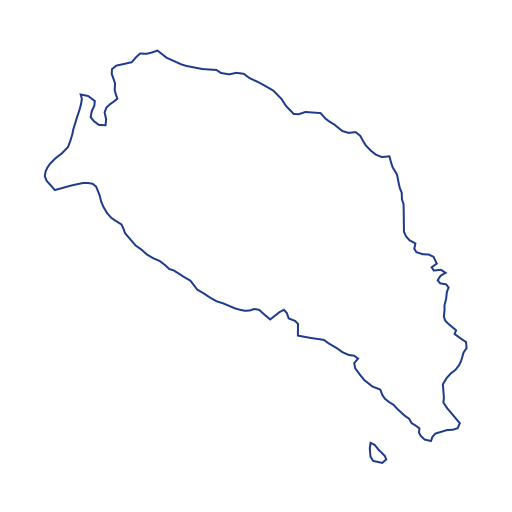 Guimarães, Maranhão, Brazil, rotated 93°
{"feature_id": "56859067B67184949863707", "entity_name": "Guimarães", "entity_type": "district", "adm_level": 2, "iso_a3": "BRA", "parent_name": "Brazil", "parent_adm1": "Maranhão", "projection": "equal_earth", "projection_center": [-44.642, -2.155], "detail": "fine", "context": "isolated", "style": "outline", "palette": "blue", "viewbox_px": 512, "rotation_deg": 93, "n_neighbors": 0, "source": "geoboundaries", "source_scale": "gbopen_adm2", "svg_char_len": 2844}
<svg xmlns="http://www.w3.org/2000/svg" viewBox="0 0 512 512"><g transform="rotate(93 256 256)"><path d="M200.7,460.3L195.5,444.9L193.6,438.1L192.1,432.4L191.9,427.7L192.4,423.0L195.1,419.3L201.2,416.4L204.9,414.9L209.4,413.6L215.0,410.9L220.8,407.1L225.5,402.5L228.1,398.2L231.6,391.9L236.1,389.6L240.0,388.0L243.8,384.4L247.7,380.7L251.8,376.8L255.8,370.5L260.3,364.9L263.7,358.3L266.0,352.0L270.1,346.0L273.5,342.0L274.7,337.5L277.3,332.7L280.3,327.6L284.1,320.2L288.4,316.5L292.5,313.1L296.1,306.2L299.9,299.8L303.3,293.0L305.0,286.4L309.4,274.3L310.5,269.5L311.3,264.1L310.7,259.3L309.0,254.9L309.6,250.1L314.1,244.5L318.6,238.5L315.4,234.8L310.7,229.5L308.3,225.2L311.4,222.2L316.6,220.1L318.8,213.6L321.6,210.5L333.3,210.0L335.0,197.0L336.2,183.9L339.5,178.8L344.2,169.8L347.6,164.5L350.0,158.2L350.4,152.9L353.1,148.7L357.8,152.3L362.9,151.1L369.1,146.0L374.2,141.4L380.2,133.0L382.9,124.9L388.1,122.6L391.7,119.9L394.7,115.8L397.4,110.9L401.3,106.9L407.8,99.0L410.6,94.5L414.7,91.9L416.8,88.1L419.5,83.8L423.8,84.0L427.0,82.1L430.5,78.0L431.6,71.6L427.3,70.3L423.9,67.5L419.8,56.1L419.2,50.3L417.4,45.6L412.3,43.7L408.1,47.7L403.0,52.4L398.3,56.9L392.6,61.2L388.1,60.9L379.5,62.0L374.4,62.7L367.7,59.1L363.1,55.3L359.2,50.8L354.2,47.4L350.0,45.7L345.9,44.7L341.6,43.7L337.0,40.9L331.0,41.7L327.8,47.0L323.5,53.6L319.7,52.3L313.8,60.2L310.9,63.5L306.9,65.2L299.6,64.9L295.3,65.2L289.0,63.9L281.7,63.5L277.5,62.0L274.3,64.7L273.7,70.6L270.7,73.3L266.0,70.6L262.9,65.8L260.1,70.6L261.2,77.7L258.1,80.0L254.1,75.1L247.5,78.7L245.5,83.5L245.5,89.6L243.8,96.0L240.5,98.3L235.1,97.5L232.2,103.6L228.5,107.2L224.2,109.5L202.6,110.9L196.4,111.4L191.9,113.2L185.2,113.8L180.5,116.0L174.0,117.8L170.4,118.6L167.0,119.7L163.6,121.9L160.3,124.2L155.9,125.9L149.5,128.0L150.6,135.6L148.6,141.4L145.0,146.6L139.9,152.1L135.1,155.4L130.5,158.2L127.1,163.0L128.2,170.1L126.7,176.3L123.3,181.0L120.8,184.4L117.8,189.9L115.2,193.8L109.9,199.0L109.6,214.2L112.2,220.9L112.2,225.7L104.7,233.8L97.9,238.7L89.9,247.4L82.6,262.0L78.8,271.6L74.7,277.8L74.1,285.2L76.0,292.3L75.1,300.4L72.3,305.3L72.1,319.4L69.9,335.2L68.6,340.5L62.8,355.5L56.0,365.1L58.3,370.8L59.8,375.8L59.9,382.4L63.5,385.9L69.0,390.3L71.5,399.2L73.2,405.5L77.0,409.6L81.7,409.6L90.9,405.8L97.7,405.8L102.6,404.2L106.1,402.7L109.0,405.8L111.8,409.4L115.5,413.1L120.5,414.7L127.4,412.8L133.3,413.1L133.3,419.8L129.7,425.1L126.0,428.4L119.9,427.6L114.3,425.3L109.6,425.1L105.0,432.1L103.9,439.5L108.3,438.1L114.2,438.8L119.7,440.0L126.0,441.8L135.2,444.1L139.7,445.2L143.7,445.7L150.6,447.4L156.9,449.4L163.4,455.0L169.4,461.9L174.9,466.7L178.7,469.0L182.4,470.5L187.4,471.1L191.9,469.0L194.7,466.2L200.7,460.3ZM450.3,131.2L454.5,128.3L456.0,119.1L452.4,115.3L449.0,116.8L442.8,123.7L438.5,127.5L436.6,131.8L442.1,132.3L450.3,131.2Z" fill="none" stroke="#1e3a8a" stroke-width="2"/></g></svg>